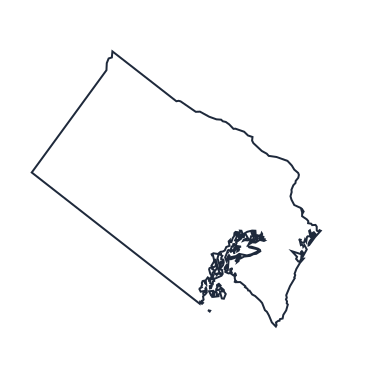 the State of Washington, rotated 218°
{"feature_id": "USA-3519", "entity_name": "Washington", "entity_type": "State", "adm_level": 1, "iso_a3": "USA", "parent_name": "United States of America", "parent_adm1": "", "projection": "equal_earth", "projection_center": [-122.689, 47.279], "detail": "fine", "context": "isolated", "style": "outline", "palette": "slate", "viewbox_px": 384, "rotation_deg": 218, "n_neighbors": 0, "source": "natural_earth", "source_scale": "10m", "svg_char_len": 6042}
<svg xmlns="http://www.w3.org/2000/svg" viewBox="0 0 384 384"><g transform="rotate(218 192 192)"><path d="M117.1,108.7L330.3,108.7L334.4,235.3L338.5,241.1L339.9,245.9L338.0,248.7L341.3,253.8L260.2,253.9L258.7,255.6L256.8,256.4L238.4,257.5L235.2,260.2L224.8,261.9L217.5,264.3L213.6,266.9L211.3,266.7L208.5,268.0L204.4,268.2L198.2,267.3L196.8,268.6L188.0,271.6L182.7,271.0L178.2,272.6L176.3,269.5L173.7,268.3L162.3,267.3L156.7,268.2L153.8,267.7L147.0,271.6L135.9,275.3L129.6,274.3L125.2,272.6L120.1,272.4L118.3,271.3L117.0,268.6L117.1,264.6L116.0,262.8L116.3,259.7L115.0,255.0L113.4,253.3L111.8,249.3L108.9,247.2L103.4,244.7L96.3,246.4L92.7,243.8L90.3,240.7L84.7,241.1L82.4,240.6L81.3,238.9L78.5,240.4L76.9,239.9L74.4,242.1L72.4,241.5L70.2,238.7L69.2,238.4L67.7,239.3L68.0,240.4L66.7,240.7L67.3,232.2L67.0,222.3L67.3,221.7L68.3,222.9L69.0,225.9L69.1,234.9L71.2,235.3L72.4,232.2L75.5,234.4L75.7,233.4L72.1,230.6L72.1,229.5L73.6,228.2L73.6,227.1L71.4,223.2L73.7,224.2L72.7,221.5L73.1,220.4L74.4,219.9L76.3,219.9L76.9,221.3L78.7,220.5L77.5,220.4L73.5,217.2L73.0,218.1L71.6,218.3L70.7,217.5L70.8,219.4L66.2,217.4L65.0,209.8L65.6,209.1L66.4,209.7L66.1,210.8L67.0,212.5L69.0,213.0L69.2,212.1L68.6,211.1L67.6,211.5L68.0,210.1L76.9,206.8L69.3,205.6L68.8,203.4L65.4,202.7L64.2,203.6L64.7,206.4L65.8,208.1L64.6,207.5L63.0,208.4L63.3,202.8L62.4,195.7L60.8,190.7L59.5,190.1L58.7,187.8L59.7,188.1L58.0,187.4L56.8,178.2L54.2,168.7L52.2,167.0L51.9,165.3L49.8,164.3L48.8,162.6L47.2,162.3L44.9,156.7L44.4,151.4L42.7,148.1L44.4,146.0L43.8,144.4L44.7,143.6L45.5,140.9L43.4,139.1L43.1,137.6L48.8,138.4L55.4,142.1L59.2,143.7L61.8,143.8L68.4,147.7L71.4,148.3L78.2,148.9L81.5,148.3L85.9,149.7L87.1,149.0L88.8,149.9L92.6,149.6L90.8,149.9L92.0,150.6L98.6,150.7L102.2,147.7L103.8,147.4L101.8,148.9L103.6,149.1L105.5,150.6L106.3,152.2L106.1,153.4L107.5,154.4L107.9,154.4L107.9,151.8L110.6,151.7L110.9,152.9L112.1,153.3L113.2,154.9L113.3,155.8L112.6,156.6L113.8,156.0L114.4,154.6L112.4,152.4L112.4,151.1L113.2,150.3L116.5,149.5L117.2,150.6L115.9,151.3L115.6,152.3L122.1,162.2L120.0,162.9L117.2,167.2L116.0,171.2L115.3,171.8L114.2,171.1L115.3,167.0L115.1,163.8L114.5,166.3L113.9,166.8L113.2,164.7L112.8,166.3L113.9,168.5L113.0,169.2L111.2,173.2L107.0,177.3L105.3,180.8L103.3,182.9L101.7,187.4L102.8,188.2L105.0,188.0L111.3,185.6L113.8,183.8L112.8,183.6L105.8,186.9L104.3,186.9L103.5,185.8L106.9,179.4L109.7,175.8L116.7,172.3L117.8,168.7L122.0,163.7L123.0,163.7L123.2,164.8L124.0,165.0L123.9,163.2L122.4,158.9L125.6,160.8L127.0,165.8L126.5,166.5L127.6,167.1L127.8,168.0L127.3,169.0L124.5,168.8L124.2,170.2L123.0,171.2L120.6,169.3L121.8,171.1L123.2,176.5L122.2,176.9L119.8,173.1L119.2,174.5L119.5,175.8L121.4,176.7L119.8,179.1L124.6,176.4L125.4,179.1L126.3,179.5L124.5,185.7L125.2,186.8L123.4,188.4L124.4,190.1L124.1,191.9L119.6,190.1L121.8,186.3L121.6,185.1L120.8,186.5L118.1,188.3L117.1,191.1L118.2,193.5L117.2,194.4L117.5,195.5L116.3,196.4L114.8,192.6L114.8,191.4L115.5,191.1L115.9,189.5L115.1,185.4L113.6,189.4L110.8,191.3L109.1,196.0L105.2,197.7L104.8,198.5L106.9,197.8L107.1,198.5L104.8,200.1L110.4,196.3L108.5,199.9L107.3,200.8L109.1,200.4L110.2,198.5L110.2,200.5L110.8,202.1L111.8,202.5L111.2,200.8L111.7,200.3L111.5,198.5L113.3,196.8L113.1,198.5L114.1,198.1L114.7,196.7L118.2,200.5L120.9,198.6L124.0,194.6L125.3,191.2L125.2,189.4L129.2,191.9L130.4,191.1L129.4,190.4L129.6,189.4L133.1,187.4L133.3,185.8L131.7,183.3L131.5,180.6L130.1,176.8L131.2,175.8L132.5,177.4L132.7,175.7L129.3,172.7L131.1,169.8L130.2,166.1L131.1,164.0L132.7,162.4L133.4,159.1L137.4,156.9L138.2,155.0L137.1,154.4L136.5,155.0L132.6,151.9L131.8,150.4L131.3,146.0L128.7,145.1L128.6,146.5L127.8,147.7L128.2,149.3L131.0,151.4L132.3,153.7L126.2,149.2L125.4,146.8L125.3,144.2L128.6,143.7L130.3,144.9L131.3,142.7L130.9,141.6L127.4,138.9L125.3,138.2L124.1,136.5L124.4,135.4L123.4,135.2L121.1,136.8L119.7,135.6L120.5,134.4L119.0,132.3L121.6,131.4L123.6,134.2L124.0,132.7L126.1,134.5L127.0,134.4L126.8,130.8L124.1,128.1L125.6,128.2L127.8,129.6L128.8,128.3L128.2,126.3L126.9,125.3L126.5,123.4L125.6,123.0L126.6,120.7L126.3,120.0L123.8,118.8L121.4,121.6L120.3,121.1L121.0,119.6L120.7,118.9L119.3,117.8L118.9,118.4L119.0,116.5L116.6,114.3L116.6,113.2L117.4,112.2L116.9,111.4L115.1,111.4L115.3,110.1L117.9,110.2L117.1,108.7ZM131.1,155.5L132.4,158.7L130.9,160.9L130.4,160.2L128.8,160.4L128.5,158.2L127.5,156.9L126.0,157.9L125.1,157.6L123.6,156.0L122.5,153.4L122.6,148.9L122.0,148.4L120.3,149.0L117.4,146.4L117.2,144.2L120.7,137.7L123.0,136.9L123.7,139.1L126.0,140.8L125.9,142.1L124.9,142.7L123.1,141.4L121.8,143.4L121.3,142.4L120.9,144.2L118.2,145.0L118.7,145.6L120.9,145.5L123.6,147.2L125.3,156.0L126.2,154.6L125.8,153.5L126.1,151.9L131.1,155.5ZM107.1,132.2L109.2,134.5L106.7,134.4L105.4,133.2L102.6,132.4L101.2,127.5L103.0,126.5L108.7,130.7L107.1,132.2ZM117.4,124.3L114.6,127.0L111.8,122.6L111.2,124.7L113.0,127.3L112.6,127.7L110.4,127.8L108.6,125.6L108.0,127.6L106.9,126.2L111.0,122.1L113.2,122.2L117.4,124.3ZM129.1,184.1L131.7,186.1L127.8,188.4L127.6,187.1L128.9,185.7L128.0,185.4L128.3,185.8L127.0,186.6L126.8,188.4L125.6,187.9L126.3,182.6L127.7,180.7L128.3,180.4L129.1,184.1ZM113.1,130.3L113.5,134.1L114.6,133.5L115.0,134.2L114.3,136.2L112.0,135.9L112.2,135.0L110.2,134.2L110.2,132.5L112.1,129.2L113.1,130.3ZM126.2,174.3L127.4,176.3L126.7,177.0L123.7,175.5L124.1,174.2L123.6,172.6L124.5,170.1L126.2,171.0L127.0,173.6L126.2,174.3ZM112.7,191.7L113.5,195.4L112.5,196.6L110.7,193.2L111.3,191.2L113.5,190.3L112.7,191.7ZM118.0,151.6L118.8,151.3L119.6,152.7L119.8,155.9L119.1,155.9L117.9,154.2L117.6,152.3L118.5,153.9L119.0,153.9L118.0,151.6ZM118.9,195.9L120.2,196.8L120.0,198.0L119.1,198.8L117.3,197.3L118.9,195.9ZM122.0,124.1L122.1,125.2L120.8,124.3L118.5,121.9L118.5,120.8L122.0,124.1ZM118.5,127.1L120.1,128.9L119.5,130.0L118.6,130.2L117.8,127.9L118.5,127.1ZM70.6,229.6L71.6,231.0L71.7,233.3L71.0,233.9L70.6,232.2L69.7,231.6L70.0,229.9L70.6,229.6ZM91.8,243.8L92.2,244.0L95.6,246.6L92.0,245.3L91.8,243.8ZM104.5,108.7L106.6,108.7L104.6,109.6L104.5,108.7Z" fill="none" stroke="#1e293b" stroke-width="2"/></g></svg>